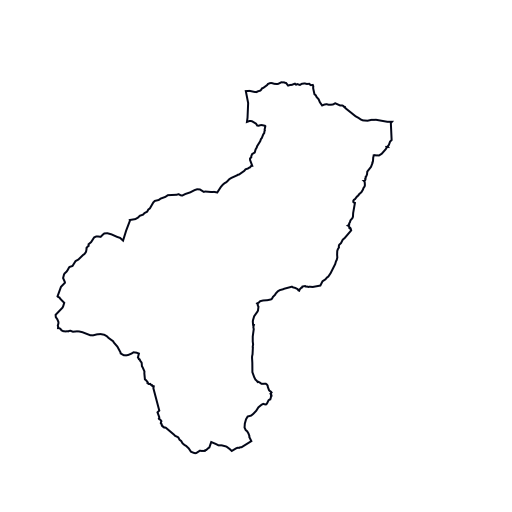 outline of Jibert, Brasov, Romania, rotated 315°
{"feature_id": "2599482B80511177545168", "entity_name": "Jibert", "entity_type": "district", "adm_level": 2, "iso_a3": "ROU", "parent_name": "Romania", "parent_adm1": "Brasov", "projection": "albers", "projection_center": [25.05, 46.001], "detail": "fine", "context": "isolated", "style": "outline", "palette": "ink", "viewbox_px": 512, "rotation_deg": 315, "n_neighbors": 0, "source": "geoboundaries", "source_scale": "gbopen_adm2", "svg_char_len": 6026}
<svg xmlns="http://www.w3.org/2000/svg" viewBox="0 0 512 512"><g transform="rotate(315 256 256)"><path d="M292.5,321.7L296.6,320.9L306.3,317.7L308.8,316.3L310.2,315.9L312.4,314.6L314.3,312.4L317.0,309.9L318.6,309.1L320.7,308.6L321.5,307.6L322.8,306.9L325.2,307.0L328.9,305.8L331.4,306.0L341.4,305.2L342.4,303.4L342.5,302.9L341.8,302.7L341.8,302.2L342.4,301.8L342.4,301.3L342.8,300.4L342.5,299.5L343.6,299.8L343.7,299.5L344.3,299.5L344.8,298.9L346.4,298.5L348.0,297.6L350.9,297.4L352.3,296.8L355.1,294.3L363.5,288.4L363.0,287.3L363.0,286.6L363.8,285.8L364.9,285.5L366.4,285.8L369.4,285.3L369.7,285.5L371.7,285.5L372.1,285.2L375.7,285.4L378.8,284.6L379.8,284.0L382.0,283.6L383.1,282.9L384.8,281.0L385.4,280.0L385.4,279.3L385.8,279.7L387.0,279.5L387.9,279.0L387.9,278.6L388.9,278.2L389.5,277.6L390.0,277.7L392.2,276.8L394.4,275.0L400.3,274.3L404.4,272.5L404.5,272.1L405.7,271.7L408.7,269.1L409.6,268.7L410.4,268.0L411.3,268.6L411.8,269.5L414.1,271.9L417.2,272.6L423.4,272.2L425.3,271.6L425.4,271.3L425.9,271.9L426.2,271.7L426.5,272.1L426.6,271.6L428.5,271.4L431.7,269.9L433.9,269.9L445.4,257.3L447.0,257.2L443.8,254.0L437.3,244.7L433.8,241.3L430.5,239.2L427.5,235.7L426.7,233.8L426.1,230.7L425.2,227.6L423.9,216.1L423.8,213.5L424.2,213.3L423.7,212.4L423.8,211.5L423.4,210.5L421.9,209.0L420.0,204.0L417.8,203.4L416.5,202.5L414.3,200.4L413.3,198.6L411.5,197.3L409.2,196.3L409.9,192.4L411.1,189.5L411.3,186.2L411.9,184.7L411.7,183.0L414.5,178.6L415.2,177.6L416.5,176.5L417.1,175.2L415.6,174.0L415.4,173.5L415.5,172.0L413.5,170.2L412.6,168.6L412.1,168.1L410.1,166.6L408.0,166.1L406.7,163.6L405.5,163.2L405.3,162.8L405.4,161.7L405.1,161.5L402.3,160.3L401.1,159.2L399.2,158.2L399.6,154.9L398.9,153.9L398.6,153.0L397.8,152.3L396.8,151.1L393.5,150.0L392.5,149.3L390.7,147.2L389.4,144.8L388.2,143.7L386.1,142.8L384.7,143.0L380.1,142.3L378.7,141.7L377.3,142.1L376.0,142.1L373.2,140.6L372.4,140.6L371.0,139.0L368.3,134.8L365.4,132.2L358.6,142.3L347.7,152.3L344.4,154.8L346.8,155.9L347.8,156.9L348.5,158.0L349.6,162.5L349.1,164.6L350.0,165.8L351.3,166.4L352.6,167.4L354.4,170.2L354.4,170.8L351.5,172.7L351.0,173.5L350.3,173.7L348.7,174.9L347.2,175.1L343.5,176.7L342.2,176.8L340.2,177.8L334.2,179.2L333.3,179.8L331.2,180.3L328.3,181.9L325.3,181.2L323.2,182.1L322.4,182.9L320.8,182.8L319.7,183.9L317.1,189.6L316.1,188.9L314.4,189.1L313.3,188.6L312.3,188.5L309.9,187.3L307.9,187.5L301.6,186.4L300.4,185.6L300.0,185.7L293.9,183.4L291.5,182.8L288.3,182.9L286.5,182.7L285.4,182.3L283.0,182.1L280.1,182.3L273.5,183.7L271.9,181.3L269.5,179.0L265.8,174.6L264.4,173.7L263.4,169.3L261.6,167.2L259.2,166.0L254.5,164.5L249.9,162.2L246.6,161.1L245.7,159.9L245.0,157.6L243.1,156.5L236.7,150.7L233.7,150.1L229.2,148.0L226.8,147.6L223.4,145.5L221.3,145.5L214.6,147.3L212.7,147.0L210.4,147.7L207.5,146.8L205.4,146.9L202.3,145.4L199.7,145.4L196.8,144.6L192.2,141.3L191.8,141.9L182.2,146.2L172.9,151.1L172.7,147.1L171.3,144.3L169.1,138.5L167.0,134.8L164.7,132.8L163.0,132.6L159.7,132.6L158.2,130.6L156.8,129.2L154.7,128.4L149.2,129.6L145.9,129.3L144.8,130.5L143.5,130.3L141.7,130.5L141.3,131.1L139.3,132.5L138.2,133.0L135.9,133.3L134.6,133.0L127.9,132.9L124.8,132.0L119.2,133.3L116.4,131.9L115.8,131.9L112.7,132.8L111.0,133.1L108.3,133.0L107.2,133.3L104.0,135.2L102.5,139.1L102.0,139.8L96.3,139.9L87.1,144.2L87.1,144.9L87.7,146.5L87.4,147.3L87.3,149.9L87.3,153.5L84.1,155.2L82.7,155.7L72.7,155.9L71.2,157.7L70.8,160.2L69.6,163.0L68.7,163.9L66.6,165.1L66.1,166.1L65.0,167.0L65.6,167.6L66.2,169.1L65.9,171.0L66.5,172.8L68.1,174.8L69.2,175.6L70.0,176.6L70.8,176.8L71.9,177.6L73.0,180.1L76.4,182.9L76.7,183.4L77.4,184.0L79.4,187.2L82.8,194.9L84.7,196.9L88.2,199.0L90.9,201.3L93.0,204.4L93.8,207.3L93.8,209.7L94.7,215.4L94.3,216.5L93.9,222.1L92.0,228.4L91.4,229.2L92.3,232.6L94.0,234.5L95.8,235.7L99.1,237.0L101.3,237.5L103.1,239.8L104.2,242.2L100.7,244.3L100.6,245.7L100.2,246.2L100.6,246.9L100.0,248.3L99.8,250.0L99.6,250.7L97.4,253.3L97.1,254.6L95.5,258.7L94.0,260.1L90.2,264.7L90.4,265.9L90.2,268.4L90.0,268.7L89.5,269.0L89.8,269.6L89.5,270.4L89.9,271.0L90.8,271.7L90.6,272.8L91.2,273.9L90.7,274.7L90.9,275.2L91.4,275.4L91.6,275.8L89.9,277.0L78.3,296.9L75.8,296.9L73.7,301.4L73.3,301.9L72.3,302.3L72.2,303.0L72.6,304.0L72.3,305.9L71.3,306.3L70.4,307.0L70.5,307.7L70.3,308.2L70.0,308.4L69.5,309.6L69.8,309.8L69.5,310.7L69.5,311.0L69.7,311.3L69.6,311.9L69.8,312.5L70.3,312.7L70.8,313.7L71.7,324.6L71.6,325.8L72.7,328.9L72.7,329.6L72.0,331.9L72.3,333.9L71.6,336.5L71.8,339.1L72.3,340.9L72.4,344.5L71.6,348.4L72.8,351.2L73.6,352.5L74.5,353.1L78.7,354.0L79.6,355.3L82.0,357.7L82.8,357.4L83.6,358.0L86.2,358.1L87.6,358.4L92.8,355.9L94.7,360.6L95.6,363.4L97.9,365.7L100.1,369.4L100.4,370.3L100.9,373.8L101.0,376.7L106.1,378.0L107.4,378.6L108.5,379.8L109.4,380.0L110.6,381.0L121.8,383.6L123.3,379.2L124.0,378.7L125.2,376.1L125.8,373.7L125.6,371.9L126.6,369.2L129.6,366.6L133.5,364.4L136.6,363.6L139.7,365.4L142.4,365.7L146.7,365.6L150.7,364.7L154.8,365.1L156.6,365.7L157.2,366.9L158.0,368.0L159.3,368.1L162.9,366.9L164.0,367.1L164.7,367.5L166.4,366.6L168.0,365.3L168.3,365.6L168.5,365.3L168.4,364.8L168.8,363.9L169.1,364.1L169.4,363.6L170.5,363.5L170.6,362.4L170.3,361.0L170.3,360.2L171.7,357.1L172.6,355.8L172.8,354.6L172.6,353.2L169.7,350.5L169.3,349.3L169.3,348.5L168.6,346.4L168.1,346.3L168.3,344.2L168.2,343.0L169.1,340.3L171.3,335.6L177.8,329.0L181.3,325.1L182.4,324.1L184.0,323.1L189.2,318.4L189.3,318.0L191.4,316.5L193.2,314.2L196.8,310.6L202.7,306.1L203.9,304.3L205.7,303.3L205.2,302.7L207.3,300.2L208.4,299.3L212.1,297.3L217.9,296.3L218.9,295.9L221.9,293.6L222.2,292.4L223.0,291.5L223.2,290.3L225.0,290.9L227.0,290.9L229.6,292.5L232.8,295.3L235.9,297.3L237.1,297.5L239.1,296.9L242.3,296.9L243.3,296.5L246.6,296.4L248.8,297.0L251.5,298.6L252.8,299.1L259.7,303.1L259.9,304.2L261.1,306.2L262.0,308.8L261.7,310.3L262.0,311.1L263.3,310.5L265.7,310.5L266.2,310.8L267.2,310.4L269.5,312.0L269.6,312.9L270.6,313.9L271.2,315.0L272.1,315.5L274.2,318.0L280.6,322.4L285.2,320.9L288.5,321.6L291.1,321.4L292.5,321.7Z" fill="none" stroke="#020617" stroke-width="2"/></g></svg>